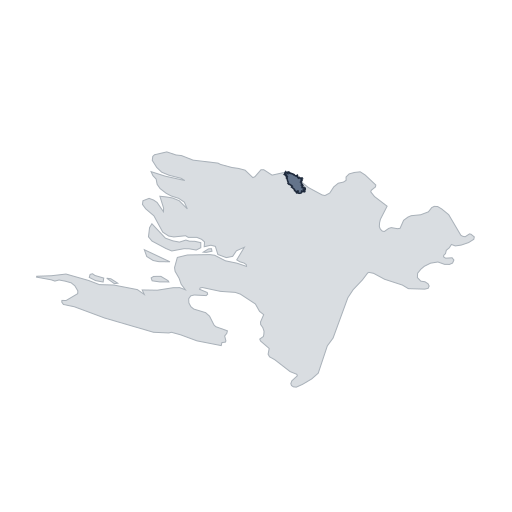 Meherpur, Khulna, Bangladesh shown in context, rotated 112°
{"feature_id": "16705992B11914188004823", "entity_name": "Meherpur", "entity_type": "district", "adm_level": 2, "iso_a3": "BGD", "parent_name": "Bangladesh", "parent_adm1": "Khulna", "projection": "equal_earth", "projection_center": [88.762, 23.788], "detail": "fine", "context": "in_parent", "style": "filled", "palette": "slate", "viewbox_px": 512, "rotation_deg": 112, "n_neighbors": 0, "source": "geoboundaries", "source_scale": "gbopen_adm2", "svg_char_len": 8088}
<svg xmlns="http://www.w3.org/2000/svg" viewBox="0 0 512 512"><g transform="rotate(112 256 256)"><path d="M190.8,362.7L190.7,350.3L184.1,326.0L184.4,323.3L183.0,311.6L181.4,305.2L180.5,298.3L184.5,288.3L182.9,286.7L174.2,283.7L173.1,281.1L175.0,271.4L168.7,262.2L166.2,255.3L172.9,233.1L174.6,217.6L174.1,214.7L170.0,211.2L162.8,209.8L157.7,207.0L154.7,202.6L152.1,200.8L149.0,202.1L145.0,200.4L141.7,196.1L138.9,190.9L140.0,185.1L145.3,171.5L147.2,171.1L151.8,173.7L153.5,173.7L156.5,168.4L160.7,153.1L175.3,154.4L178.8,153.9L182.5,152.7L184.5,150.8L185.6,148.3L185.2,146.2L180.7,143.3L179.0,141.2L177.7,135.1L176.4,132.8L167.6,132.5L163.0,129.7L160.5,127.2L156.1,118.8L150.5,112.7L145.3,111.2L143.2,109.3L142.1,106.1L142.8,101.5L145.5,92.8L160.0,73.9L160.3,71.8L159.8,69.3L155.5,66.3L155.3,64.8L156.5,60.8L158.9,60.3L163.9,63.9L169.0,69.8L172.0,75.0L172.1,79.1L176.1,79.9L179.4,81.7L182.8,81.2L185.0,82.2L186.5,81.8L187.0,79.4L184.2,73.5L185.6,71.0L188.9,71.1L191.3,73.4L193.1,78.0L193.4,85.1L197.3,91.5L202.5,96.1L206.5,98.2L211.4,99.7L215.5,98.3L217.6,93.8L216.6,89.7L217.3,86.1L219.0,84.2L221.5,84.3L223.5,87.1L229.2,102.5L228.1,109.4L229.4,128.1L228.0,140.5L228.9,145.2L229.9,146.1L238.4,148.4L250.8,153.3L260.3,155.2L303.2,153.8L312.6,156.2L341.3,154.4L349.1,158.3L357.6,164.8L362.5,169.5L363.3,172.3L362.8,174.6L361.3,175.9L358.3,176.0L351.6,172.8L350.4,173.8L350.4,181.2L345.1,199.9L344.4,205.7L342.5,208.0L336.8,209.1L333.1,220.0L331.6,221.4L327.9,219.0L325.6,219.4L322.7,220.4L319.8,222.9L317.8,226.0L315.5,227.1L307.5,226.9L306.0,232.0L300.7,238.6L297.2,256.2L297.5,261.6L302.1,275.7L305.3,293.9L306.5,295.8L308.0,295.9L308.1,287.6L309.5,286.5L311.4,287.4L315.3,298.7L317.4,301.6L320.8,302.4L324.6,300.7L327.4,297.4L328.5,293.8L327.4,281.5L329.2,276.5L335.7,269.1L336.6,266.8L336.1,254.5L338.6,254.1L341.9,255.1L346.0,252.1L347.3,252.1L349.1,255.2L352.1,254.7L356.8,279.0L357.3,296.3L358.4,305.8L360.0,308.0L365.1,322.4L370.2,373.1L371.1,405.4L373.1,416.4L371.5,418.8L369.9,419.3L368.4,415.4L357.7,407.2L355.1,408.1L351.5,412.8L350.1,417.3L350.8,423.5L352.0,429.6L354.6,433.1L354.8,437.0L357.8,451.6L356.9,451.7L351.0,438.4L343.9,425.4L341.4,402.0L341.2,390.5L336.2,377.0L331.6,353.4L333.5,345.2L330.1,348.8L324.7,334.7L316.4,320.9L313.9,314.8L313.8,308.8L310.2,314.8L305.4,319.0L300.5,325.3L297.2,327.2L286.8,328.4L280.7,319.9L272.0,299.3L270.8,294.6L271.9,282.5L269.8,271.0L269.2,260.9L267.6,261.8L267.0,264.6L267.4,268.8L266.8,272.4L252.3,270.1L258.5,276.1L265.1,277.5L268.6,282.9L268.9,291.9L262.3,297.3L262.9,301.9L266.8,307.5L262.2,309.0L260.9,312.7L260.9,317.9L264.1,325.8L263.6,328.9L269.1,339.3L270.2,344.4L268.8,351.4L257.0,365.7L253.6,375.9L250.7,380.6L247.1,381.5L242.6,376.7L242.5,371.8L243.4,367.8L249.6,358.4L246.2,359.6L236.6,367.5L234.8,361.1L233.5,355.2L233.5,348.0L238.1,337.3L232.9,342.6L231.5,349.3L232.1,357.2L231.5,362.8L229.4,370.2L226.6,374.5L222.1,377.4L220.1,381.7L217.1,384.9L216.0,370.1L212.7,350.3L212.0,354.5L213.7,366.9L213.6,374.9L211.1,381.2L206.2,388.0L202.3,389.0L200.1,388.0L192.9,377.7L192.3,368.0L190.8,362.7ZM278.5,362.9L269.6,365.3L265.1,364.6L273.4,346.7L273.1,338.7L271.8,332.2L267.5,327.0L267.2,323.2L265.3,318.2L264.3,312.2L269.0,310.3L272.9,313.7L274.3,320.5L276.2,325.5L282.9,336.0L282.8,342.4L281.1,358.1L278.5,362.9ZM297.4,357.1L292.0,361.9L293.6,333.6L297.7,344.1L298.7,349.7L297.4,357.1ZM317.9,343.0L315.6,345.0L313.3,343.3L310.5,336.6L311.8,328.3L312.7,327.1L316.1,335.6L317.9,343.0ZM338.3,402.6L335.2,402.9L333.7,400.9L334.4,398.1L333.5,388.9L337.4,388.0L338.9,395.6L338.3,402.6ZM334.7,377.0L332.5,386.1L331.5,382.0L333.0,374.0L334.7,377.0ZM271.3,303.5L272.2,306.4L267.2,302.7L265.9,300.0L268.1,298.6L271.3,303.5Z" fill="#d9dde1" stroke="#a8b0b8" stroke-width="1"/><path d="M181.0,244.6L181.0,244.0L181.2,243.1L181.4,242.9L181.9,242.6L182.1,242.3L182.2,241.9L182.3,241.7L182.1,241.5L181.9,241.4L181.6,241.4L181.2,241.6L181.0,241.8L180.8,242.0L180.6,242.0L180.3,241.9L179.9,241.5L179.9,241.3L180.0,241.1L180.3,241.1L180.6,241.2L180.9,241.2L181.2,241.1L181.3,241.0L181.6,240.7L181.8,240.5L181.8,240.3L181.8,239.8L181.7,239.4L181.4,238.9L181.2,238.5L180.7,237.9L180.4,237.6L180.1,237.5L179.7,237.4L179.4,237.4L179.3,237.5L178.9,238.1L178.7,238.1L178.5,236.8L178.5,236.0L178.5,235.5L178.4,235.2L178.2,235.0L178.1,234.9L177.5,234.9L177.2,235.3L177.1,235.5L177.0,235.8L177.0,236.5L176.9,236.8L176.8,236.7L176.6,236.5L176.4,236.3L176.3,236.1L176.3,235.5L176.2,235.4L175.9,235.3L175.7,235.3L175.5,235.5L175.4,235.5L175.0,235.7L174.8,235.8L174.8,235.7L174.6,235.8L174.6,236.0L174.8,236.4L175.0,236.4L175.1,236.6L174.9,236.7L174.9,236.9L174.9,237.1L175.0,237.1L174.9,237.2L175.0,237.4L174.9,237.4L175.0,237.5L175.1,238.0L175.0,237.9L175.0,238.0L174.9,237.8L174.7,237.7L174.7,237.9L174.8,238.0L174.7,238.1L174.7,238.5L174.7,239.0L174.6,239.3L174.4,239.3L174.5,239.1L174.2,239.1L174.1,238.9L173.7,238.9L173.6,239.2L173.4,239.0L173.3,238.9L173.2,238.9L173.2,239.0L172.9,239.3L172.9,239.5L173.0,239.5L172.9,239.6L173.0,239.9L173.1,240.0L173.1,239.9L173.2,240.0L173.0,239.9L172.9,240.0L172.3,239.9L172.1,240.7L172.1,240.8L171.8,240.9L171.7,241.1L171.4,241.1L171.2,241.2L171.1,241.4L171.3,242.1L171.2,242.0L170.9,242.1L170.6,242.1L170.6,242.3L170.4,242.2L170.2,242.1L169.8,241.9L169.5,242.3L169.2,242.4L169.1,242.2L169.2,241.9L169.2,241.7L168.9,241.6L168.6,241.6L168.4,241.8L168.4,242.4L168.3,242.5L168.2,242.5L167.8,242.1L167.6,242.1L167.4,242.0L167.2,241.9L167.2,242.0L167.1,242.3L167.0,242.5L166.8,242.6L166.6,242.6L166.8,242.9L166.7,243.1L166.7,243.3L166.8,243.3L167.0,243.2L167.3,243.1L167.5,243.3L167.3,243.5L167.2,243.8L167.2,244.2L167.2,244.5L167.2,244.8L167.3,244.9L167.7,245.2L167.9,245.4L168.0,245.5L167.9,245.8L167.8,246.1L167.7,246.1L167.4,246.0L167.3,245.8L167.1,245.8L167.2,246.0L167.2,245.9L167.3,245.9L167.3,246.1L167.5,246.2L167.5,246.3L167.5,246.5L167.5,246.8L167.3,247.0L167.0,246.9L166.9,247.0L167.0,247.3L166.7,247.7L166.5,247.9L166.4,247.9L166.2,247.8L165.8,247.7L165.7,247.7L165.6,247.8L165.8,247.9L165.8,248.0L166.0,248.1L166.1,248.3L166.3,248.3L166.4,248.5L166.6,248.4L166.7,248.5L166.8,248.4L166.9,248.6L166.8,248.8L166.9,249.1L166.9,249.6L166.7,249.8L166.6,250.2L166.5,250.3L166.4,250.3L166.5,250.3L166.6,250.9L166.4,251.0L166.5,251.3L166.5,251.0L166.6,250.9L166.7,251.0L166.7,251.3L166.6,251.5L166.3,251.6L166.3,251.8L166.3,252.3L166.2,252.2L166.2,252.3L166.3,252.4L166.3,252.5L166.1,252.7L166.2,253.2L166.2,253.4L166.2,253.6L166.3,253.7L166.2,254.5L166.5,254.6L166.6,255.1L166.6,255.3L166.5,255.5L166.6,255.8L166.4,255.8L166.4,256.2L166.2,256.3L166.2,256.5L166.0,256.4L165.9,256.7L165.8,256.8L165.8,257.0L166.0,257.2L166.0,257.8L166.4,257.9L166.7,257.7L167.1,257.7L167.3,257.6L167.6,257.5L167.5,257.8L167.5,258.0L167.5,258.3L167.5,258.5L167.5,258.8L167.6,259.0L167.3,259.2L167.1,259.2L167.1,259.4L166.9,259.6L166.9,259.9L166.8,260.0L167.2,260.1L167.5,260.1L167.8,259.9L168.2,259.6L167.9,259.8L168.2,260.0L168.3,260.0L168.2,260.1L168.1,260.3L168.3,260.3L168.4,260.2L168.6,260.1L168.8,260.2L169.0,260.0L169.1,259.8L169.3,259.9L169.4,259.7L169.5,259.8L169.5,259.7L169.7,259.9L169.8,259.6L169.7,259.5L169.6,259.3L169.7,259.2L169.8,259.3L169.8,259.1L170.1,259.1L170.2,258.9L170.3,258.7L170.0,258.7L170.0,258.2L170.3,258.0L170.3,257.9L170.3,257.7L170.1,257.7L170.3,257.5L170.3,257.4L170.5,257.4L170.6,257.1L170.6,256.9L170.9,257.0L171.3,257.2L171.5,256.9L171.6,257.1L171.8,257.0L172.1,256.9L172.1,256.5L172.2,256.3L172.3,256.3L172.5,256.6L172.6,256.4L172.8,256.2L172.8,255.9L173.1,255.7L173.3,255.7L174.0,255.2L174.3,255.0L174.7,254.6L174.8,254.6L175.1,254.1L175.3,253.9L175.5,253.8L175.8,253.7L176.2,253.7L176.7,253.6L176.8,253.2L177.0,252.9L177.0,252.6L177.2,252.4L177.1,252.2L176.9,252.1L177.0,251.7L176.9,251.3L177.0,250.9L177.3,250.8L177.3,250.7L177.2,250.0L177.3,249.8L177.3,249.6L177.3,249.4L177.4,249.1L177.5,249.0L177.6,248.7L177.7,248.8L177.8,248.9L178.0,248.9L178.7,248.6L178.8,248.7L179.0,247.9L179.2,247.3L179.3,247.0L179.5,246.4L179.6,246.1L179.6,245.8L179.7,245.7L180.2,245.4L180.3,245.2L180.3,244.8L180.5,244.6L180.8,244.6L181.0,244.6Z" fill="#64748b" stroke="#1e293b" stroke-width="1.5"/></g></svg>